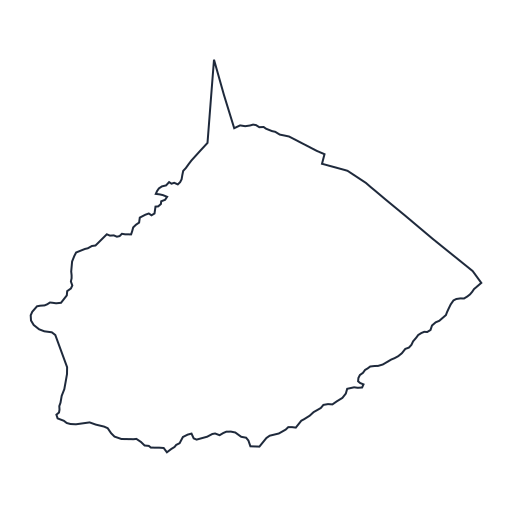 the district of Viçosa do Ceará, Ceará, Brazil
{"feature_id": "56859067B42746778472785", "entity_name": "Viçosa do Ceará", "entity_type": "district", "adm_level": 2, "iso_a3": "BRA", "parent_name": "Brazil", "parent_adm1": "Ceará", "projection": "mercator", "projection_center": [-41.159, -3.503], "detail": "fine", "context": "isolated", "style": "outline", "palette": "slate", "viewbox_px": 512, "rotation_deg": 0, "n_neighbors": 0, "source": "geoboundaries", "source_scale": "gbopen_adm2", "svg_char_len": 2808}
<svg xmlns="http://www.w3.org/2000/svg" viewBox="0 0 512 512"><path d="M34.4,309.3L32.3,311.7L30.7,315.3L31.0,320.5L33.7,325.0L39.1,329.3L44.3,331.3L51.8,332.3L55.3,335.0L67.1,367.2L67.0,374.1L65.7,381.5L64.3,389.2L61.7,395.8L60.5,402.7L59.3,406.1L59.5,409.7L59.0,412.5L56.4,414.7L57.6,418.4L63.9,420.8L66.7,423.0L70.4,424.0L75.9,424.3L80.2,423.7L89.6,422.4L95.8,424.6L104.1,426.6L107.7,428.2L111.1,433.2L114.5,436.6L121.4,439.0L133.7,439.2L136.4,438.9L141.0,442.0L144.6,445.5L148.8,445.9L150.9,447.6L159.6,447.7L163.7,448.0L166.9,452.3L171.4,448.9L174.5,447.0L176.2,444.9L179.6,443.2L182.9,437.0L187.7,434.6L191.5,433.6L193.7,438.4L196.6,439.6L207.2,436.7L212.3,434.0L215.1,433.5L219.6,435.2L223.3,433.0L226.3,431.7L230.9,431.6L235.3,432.5L241.2,436.8L246.1,437.7L248.4,440.5L250.4,446.3L259.4,446.6L266.4,438.0L269.7,435.7L278.8,433.5L285.7,429.6L288.3,427.1L291.8,427.1L295.8,427.6L301.3,420.7L304.1,419.2L309.7,415.7L313.6,412.1L317.7,409.8L320.8,408.0L323.4,404.9L328.0,404.1L332.4,404.4L337.0,401.2L342.4,397.9L345.8,393.6L347.2,388.8L354.1,387.3L357.8,387.8L362.1,387.5L363.5,384.4L360.1,383.0L358.1,381.3L358.4,378.0L359.9,375.0L362.9,372.9L365.1,369.9L367.7,368.4L370.2,366.5L374.6,366.0L378.1,365.9L382.8,364.5L391.3,359.5L394.5,358.2L398.2,356.2L401.9,353.2L405.3,348.9L408.9,347.6L411.4,344.9L413.1,341.3L416.3,337.6L418.2,335.0L421.4,333.0L424.3,331.8L427.2,332.0L430.5,330.0L432.0,325.5L435.7,322.3L439.3,320.8L442.4,318.1L445.9,315.1L447.0,312.2L448.6,308.7L450.7,304.4L453.5,300.4L456.3,299.0L460.4,298.4L464.0,298.5L467.3,296.5L470.0,294.4L472.2,291.8L474.0,289.1L481.3,282.9L472.7,271.1L433.0,239.1L405.1,215.6L401.8,212.9L385.3,199.3L375.7,191.2L370.6,187.0L365.9,182.9L347.5,170.8L344.8,170.0L322.0,163.8L324.5,154.2L316.8,150.9L289.0,136.5L284.3,135.5L279.8,134.6L275.2,131.8L272.0,131.1L266.0,128.7L263.6,127.0L259.3,127.2L256.0,125.1L253.1,124.6L250.0,125.5L245.2,126.2L240.1,125.4L236.7,127.0L234.2,128.2L223.9,94.8L214.0,59.7L211.3,94.0L207.5,142.9L200.1,150.9L191.5,160.4L188.6,164.2L185.8,168.1L183.2,170.9L182.3,175.2L181.6,179.3L180.1,182.2L177.8,184.4L174.2,182.8L171.5,183.7L169.1,182.1L166.1,185.4L161.9,186.4L158.9,188.4L157.1,191.0L155.8,193.9L159.8,194.4L162.9,195.1L167.1,196.8L165.1,199.8L161.2,201.3L160.9,204.0L158.2,206.4L155.5,206.6L154.5,213.5L151.5,215.3L148.8,213.5L145.4,214.7L139.8,217.6L139.1,222.6L136.0,224.7L133.2,227.4L132.2,231.1L131.1,234.4L125.0,234.3L121.9,233.8L119.6,236.1L116.9,236.7L113.8,235.4L109.9,235.6L106.8,234.3L95.5,245.5L91.9,246.0L87.8,248.3L85.1,248.9L82.3,250.0L76.1,252.5L74.3,256.0L72.1,261.5L71.2,271.5L71.6,275.2L71.6,278.2L70.9,281.5L72.3,285.5L70.9,288.5L67.2,291.1L66.8,295.4L61.0,302.8L56.1,303.3L52.7,302.8L50.0,302.5L47.2,304.3L44.6,305.4L40.2,305.7L37.0,306.3L34.4,309.3Z" fill="none" stroke="#1e293b" stroke-width="2"/></svg>